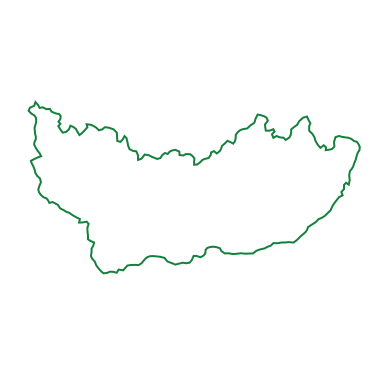 Ipanema, Minas Gerais, Brazil (Mercator projection), rotated 92°
{"feature_id": "56859067B93815931162644", "entity_name": "Ipanema", "entity_type": "district", "adm_level": 2, "iso_a3": "BRA", "parent_name": "Brazil", "parent_adm1": "Minas Gerais", "projection": "mercator", "projection_center": [-41.764, -19.755], "detail": "fine", "context": "isolated", "style": "outline", "palette": "green", "viewbox_px": 384, "rotation_deg": 92, "n_neighbors": 0, "source": "geoboundaries", "source_scale": "gbopen_adm2", "svg_char_len": 3825}
<svg xmlns="http://www.w3.org/2000/svg" viewBox="0 0 384 384"><g transform="rotate(92 192 192)"><path d="M144.4,265.3L143.6,268.4L139.9,268.8L135.3,269.2L132.1,272.6L130.6,277.5L130.3,281.4L132.5,283.8L133.6,287.2L131.0,290.0L129.6,292.5L128.4,295.1L128.0,299.7L131.0,298.8L134.2,301.5L137.2,304.2L139.0,306.5L135.8,308.6L132.8,310.4L131.1,313.0L130.0,315.8L133.4,317.0L136.3,319.8L137.2,323.3L133.6,326.1L130.8,327.9L128.5,325.9L126.4,327.9L123.9,326.2L120.9,325.8L118.8,327.4L118.2,331.0L116.6,335.2L113.9,336.9L114.3,340.5L112.6,344.0L113.3,347.2L110.3,349.0L107.6,351.6L111.3,352.7L113.5,357.0L116.6,358.1L119.3,355.2L121.0,352.2L123.1,350.6L127.0,350.1L130.6,350.9L133.6,351.6L136.3,351.2L139.5,350.8L142.1,350.0L145.0,350.0L147.5,351.2L150.2,351.4L153.3,349.7L156.6,347.4L158.7,345.6L161.5,344.0L162.9,347.5L164.7,351.0L166.5,354.1L169.0,353.2L171.2,351.8L175.2,350.0L178.4,349.2L181.3,347.3L183.8,344.4L187.5,343.3L191.1,344.7L194.6,345.7L197.4,345.0L200.2,342.9L202.4,340.3L203.4,337.3L205.4,335.5L207.9,334.2L206.9,331.1L208.2,328.2L209.7,325.4L213.0,323.2L214.8,319.2L216.3,316.8L217.0,314.0L218.6,311.7L220.0,309.3L221.4,306.6L222.9,303.1L226.5,303.8L226.2,300.0L225.3,296.3L227.5,294.2L231.5,295.3L235.7,295.0L239.4,294.4L242.9,294.3L244.4,291.9L245.9,288.1L249.1,288.8L252.2,290.4L255.9,290.3L259.3,290.8L262.0,289.6L264.8,286.8L268.7,285.1L271.8,282.5L274.4,280.1L276.4,277.5L275.7,273.7L274.5,271.3L274.5,268.2L275.3,264.4L272.1,262.6L272.7,258.0L269.9,255.8L267.7,253.9L267.1,250.5L266.8,245.8L267.0,243.0L265.0,240.0L260.9,236.8L258.6,234.3L257.6,231.6L257.4,228.5L257.6,224.6L257.9,221.2L258.8,217.2L262.3,214.1L263.9,209.4L265.1,206.1L264.1,202.6L263.0,198.9L263.4,195.1L262.7,191.9L259.8,189.7L255.9,188.2L255.7,185.5L256.9,181.2L255.2,178.3L252.7,176.5L249.4,176.4L247.3,174.7L246.3,171.7L245.9,168.6L246.4,165.0L247.2,162.2L250.1,160.5L252.2,157.1L252.0,152.7L252.6,149.3L252.2,145.3L251.5,141.2L251.8,136.5L251.5,132.6L251.3,129.0L248.4,125.5L247.0,121.9L245.9,117.7L244.0,114.3L242.9,111.5L240.2,108.8L240.2,104.5L239.4,101.1L239.2,97.3L238.7,93.4L239.0,88.8L236.1,85.2L232.9,82.3L230.1,79.3L228.3,77.3L226.1,75.8L223.0,74.8L220.7,71.5L217.8,67.3L214.7,64.6L213.2,61.3L211.4,58.6L208.5,55.8L205.3,52.8L202.7,51.8L200.3,50.7L197.4,48.8L194.9,47.0L192.1,45.0L190.1,41.4L186.8,42.7L183.8,40.2L179.5,40.3L177.4,38.3L179.2,35.6L174.6,34.8L169.9,35.5L165.7,34.9L163.6,33.3L160.9,31.8L157.6,30.9L153.7,29.4L149.7,28.6L146.5,27.5L144.4,26.1L141.1,25.9L138.5,27.2L136.1,29.0L135.3,32.1L133.4,34.5L132.3,37.7L132.0,41.4L131.6,44.2L130.9,47.1L132.2,50.5L137.0,51.8L141.7,51.3L144.1,53.5L144.9,56.2L145.5,59.8L142.8,59.6L140.7,62.0L143.4,65.2L140.4,68.0L136.4,70.5L133.1,71.5L129.7,73.7L126.8,77.0L122.1,77.2L119.1,76.1L115.9,78.1L112.6,79.7L113.8,83.5L117.5,87.3L121.2,89.3L123.8,92.6L126.0,95.1L128.9,94.9L131.7,95.4L134.3,96.7L136.7,100.2L134.6,102.4L134.3,106.1L133.1,109.4L135.0,112.6L131.5,114.1L128.8,111.6L126.4,112.9L128.0,116.6L128.1,120.4L125.1,121.0L121.9,121.4L118.1,118.7L115.2,120.0L113.8,122.4L112.9,125.6L112.3,129.1L116.5,131.0L120.6,132.1L123.3,135.8L126.6,139.1L127.4,143.2L128.4,145.8L130.3,148.1L133.5,150.3L136.8,150.2L139.8,150.9L142.2,152.5L141.0,154.9L139.6,158.4L142.4,160.9L144.9,163.7L147.5,164.3L150.3,165.8L152.6,168.6L150.4,171.5L151.8,174.3L154.4,174.6L157.5,176.6L158.5,180.5L159.7,182.8L162.3,185.1L164.3,187.9L164.7,190.8L161.6,191.0L158.4,190.7L156.1,192.7L154.3,195.1L154.3,199.4L155.8,201.9L155.5,205.7L152.1,206.1L150.5,209.9L151.1,213.1L152.4,215.7L154.8,217.6L154.0,220.4L156.2,223.1L159.1,224.7L160.2,227.9L159.1,230.8L158.2,233.5L156.8,236.3L156.2,240.6L158.7,242.3L160.7,244.0L161.8,247.0L157.1,247.3L153.3,249.1L152.9,252.6L151.3,256.0L148.1,257.4L144.2,258.3L140.5,259.3L138.5,261.4L141.8,263.0L144.4,265.3Z" fill="none" stroke="#15803d" stroke-width="2"/></g></svg>